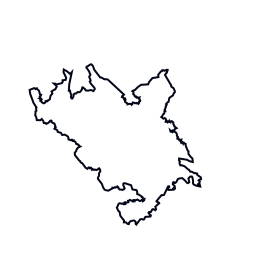 Cuayuca de Andrade, Puebla, Mexico (orthographic projection), rotated 232°
{"feature_id": "50627088B9044190088910", "entity_name": "Cuayuca de Andrade", "entity_type": "district", "adm_level": 2, "iso_a3": "MEX", "parent_name": "Mexico", "parent_adm1": "Puebla", "projection": "orthographic", "projection_center": [-98.207, 18.433], "detail": "fine", "context": "isolated", "style": "outline", "palette": "ink", "viewbox_px": 256, "rotation_deg": 232, "n_neighbors": 0, "source": "geoboundaries", "source_scale": "gbopen_adm2", "svg_char_len": 5726}
<svg xmlns="http://www.w3.org/2000/svg" viewBox="0 0 256 256"><g transform="rotate(232 128 128)"><path d="M46.2,83.9L46.1,84.6L47.1,86.2L47.2,87.1L44.4,91.2L45.1,92.2L46.5,91.8L48.6,92.0L48.8,92.8L47.8,94.0L47.8,94.6L48.9,97.0L48.6,97.9L46.4,98.9L46.5,99.5L46.8,100.2L49.2,101.1L49.5,106.3L50.2,106.4L51.8,105.4L52.8,105.4L54.4,112.5L54.3,113.5L53.6,114.0L53.1,115.1L57.3,123.7L56.7,124.5L56.1,124.2L56.0,123.0L56.4,121.9L55.6,121.2L54.3,121.8L51.3,125.9L51.3,127.7L52.3,128.3L52.6,127.1L53.0,128.6L53.8,129.1L56.0,128.6L57.2,129.7L57.4,130.4L57.1,130.8L56.1,130.8L55.6,131.5L55.8,133.2L57.1,135.9L56.3,138.0L55.1,139.9L51.6,140.6L48.7,140.7L47.5,141.5L47.7,143.0L51.1,144.6L51.4,147.1L50.5,148.4L49.6,148.4L46.7,147.0L44.1,145.0L42.6,145.1L40.2,146.5L37.4,148.9L39.9,150.0L40.3,148.2L40.6,148.4L40.8,150.3L41.7,151.7L43.3,151.4L43.4,152.2L42.7,154.1L44.3,155.0L47.9,153.8L49.0,153.9L49.5,154.4L51.1,153.2L51.5,152.5L54.4,151.3L55.2,150.2L57.6,150.3L58.3,149.9L63.0,149.0L65.6,147.4L66.2,146.3L67.7,146.5L69.1,147.4L69.5,148.2L71.2,148.3L72.5,149.5L66.7,154.9L63.6,156.3L61.3,158.1L64.3,160.0L67.3,159.6L70.5,159.7L72.4,161.3L73.8,161.2L78.8,162.7L79.9,163.6L81.4,162.8L81.9,163.0L82.2,162.6L81.8,161.9L83.3,162.3L83.5,160.8L84.4,161.1L86.0,162.9L86.3,162.3L86.1,161.1L86.7,160.8L87.6,161.4L89.3,160.3L89.7,160.6L90.0,161.8L91.7,161.7L93.2,162.8L95.0,163.0L97.3,162.0L97.3,160.4L98.3,160.1L99.0,159.3L100.1,159.8L99.4,159.9L99.2,160.4L98.2,160.8L98.1,161.4L98.5,162.1L97.7,163.2L98.4,164.6L98.0,166.2L100.8,165.5L101.1,165.9L103.4,166.2L104.4,167.1L106.5,166.7L107.0,165.7L106.3,164.9L107.9,164.1L108.3,164.4L108.0,162.7L108.7,162.6L109.7,161.5L110.2,162.0L110.0,163.0L111.5,163.0L112.3,163.4L113.3,163.0L113.6,161.6L116.1,161.0L116.1,162.0L117.1,163.9L117.2,165.6L119.4,167.7L118.8,168.0L119.9,168.5L121.4,171.0L121.8,171.0L122.5,172.8L123.4,172.7L123.8,174.7L123.7,176.0L126.3,179.2L126.0,183.4L127.3,185.7L127.3,186.9L128.7,187.8L131.4,188.4L133.9,187.6L135.2,188.3L146.9,189.8L147.2,190.1L147.7,192.6L148.0,193.1L148.2,192.9L149.3,195.0L149.9,194.6L150.6,192.1L151.3,191.9L152.2,190.9L151.8,190.7L152.3,188.7L151.4,184.6L149.4,183.3L152.3,178.0L151.3,173.1L150.0,170.7L154.0,164.9L154.2,161.1L153.7,157.0L154.5,154.4L154.3,154.1L153.5,154.7L152.6,154.3L151.6,153.0L150.1,153.3L149.2,152.9L147.8,153.2L148.2,153.5L147.8,153.9L144.6,154.6L145.4,155.0L145.1,155.7L144.9,155.3L142.0,154.5L141.7,153.9L142.1,153.2L141.1,152.3L141.5,151.9L140.8,151.1L141.4,150.9L141.8,150.1L142.6,150.0L143.2,148.7L144.3,148.3L145.2,147.4L144.1,146.1L144.1,145.3L144.7,145.6L146.0,144.2L146.9,142.4L147.2,142.9L150.1,141.8L150.8,142.0L151.8,143.5L153.3,143.9L153.8,143.1L153.5,142.7L155.3,143.0L156.2,142.3L156.7,143.1L156.8,145.4L178.6,141.9L180.2,140.5L180.9,139.4L184.2,138.1L185.0,137.2L194.6,137.3L198.7,138.6L200.7,138.3L201.3,137.4L201.4,134.4L201.8,133.2L201.3,132.4L196.4,132.2L195.0,131.6L193.6,131.5L192.8,130.7L192.6,129.5L192.0,128.8L188.7,128.0L188.3,127.7L188.2,126.5L185.7,126.0L180.5,126.3L179.2,125.9L178.4,123.5L180.7,122.2L182.1,119.4L183.7,117.8L185.1,118.1L187.9,117.4L188.1,116.8L186.8,115.5L185.9,112.6L186.2,111.6L187.3,110.5L187.2,108.1L187.8,107.6L188.0,105.9L186.7,104.8L186.0,103.6L185.5,102.3L186.1,101.7L187.5,102.0L189.0,103.7L191.3,104.3L193.1,105.3L193.8,104.3L198.6,108.6L206.6,118.1L206.2,115.6L210.0,114.9L213.6,113.4L211.8,111.6L205.7,110.2L204.3,108.5L205.9,105.8L204.6,105.0L204.1,103.5L206.4,98.3L207.7,98.0L208.6,97.0L206.8,97.3L206.8,97.7L204.5,97.3L203.2,94.4L203.5,94.0L203.9,90.3L201.6,89.5L201.2,87.0L198.8,84.1L198.8,81.0L199.3,81.1L199.8,79.7L199.5,79.7L199.0,78.4L199.3,76.8L199.7,76.5L201.5,75.9L202.4,76.3L203.3,75.6L204.0,76.1L203.7,77.5L204.1,77.6L205.6,76.6L205.4,77.5L206.5,77.3L207.2,77.8L207.0,78.6L207.7,80.0L208.7,79.3L212.1,80.8L214.7,80.3L215.4,80.6L215.7,80.0L215.2,79.9L215.5,79.2L216.0,79.3L216.8,78.6L217.2,78.6L218.6,73.9L215.0,71.9L205.9,69.0L200.5,68.5L200.4,67.9L197.9,66.3L198.0,65.3L196.0,63.7L195.4,62.8L192.6,62.2L190.4,61.0L188.1,63.7L188.2,65.6L185.5,65.5L183.7,64.7L182.6,66.1L181.8,66.1L181.9,66.6L181.4,66.9L181.1,68.6L181.6,71.3L181.0,72.1L181.0,72.9L180.6,71.7L179.7,71.4L177.4,72.3L177.0,72.8L173.3,71.6L173.5,71.0L173.0,70.8L172.7,69.6L170.4,70.8L169.6,70.8L168.2,70.2L165.4,72.2L163.1,71.8L161.6,74.1L159.1,75.2L157.9,75.4L155.6,74.1L154.9,74.8L154.0,75.0L153.4,76.5L152.5,76.2L152.0,76.4L152.2,77.2L151.8,77.6L151.2,77.1L149.7,78.0L147.1,77.4L146.3,78.4L145.0,78.4L144.4,78.8L143.5,78.7L142.8,79.0L143.3,76.5L142.9,74.7L141.9,73.1L141.1,70.6L139.2,69.5L132.6,69.5L131.2,69.9L130.0,69.5L128.4,70.3L122.9,70.1L120.9,70.8L121.1,72.6L120.5,73.5L119.8,73.1L119.2,74.3L118.8,74.0L118.0,74.6L117.1,74.0L116.7,75.2L115.8,75.5L115.7,76.3L114.4,77.2L113.8,79.2L114.2,79.7L113.9,80.5L112.1,80.3L110.9,79.4L110.2,77.4L108.2,75.7L107.4,73.9L106.4,73.0L100.1,73.0L96.4,71.8L94.0,71.6L93.1,71.9L90.8,73.8L89.9,78.9L90.4,79.1L89.7,79.8L89.6,80.8L88.8,81.3L88.9,81.9L88.4,82.6L88.6,83.6L87.2,83.9L86.2,83.3L84.5,83.6L83.7,84.8L82.6,85.5L82.2,87.4L82.4,88.1L85.8,89.1L86.9,89.9L86.9,91.0L86.5,91.5L81.0,95.2L76.8,93.7L73.9,96.4L72.2,96.0L70.2,94.6L68.9,95.5L65.7,96.6L65.0,96.3L64.3,96.9L63.5,96.5L62.3,96.6L62.0,97.3L61.1,96.3L61.1,94.6L62.2,94.8L62.9,94.4L62.7,93.6L63.2,92.3L65.8,91.4L66.3,89.7L67.8,88.1L67.8,87.8L66.4,87.7L67.2,86.5L68.0,86.9L68.6,86.0L70.2,85.2L70.2,83.6L70.5,83.2L69.3,82.6L70.0,81.0L71.2,80.2L71.5,79.2L71.0,78.9L70.4,79.4L69.7,79.1L70.5,77.7L71.9,77.2L72.3,76.3L73.9,75.1L73.9,73.5L72.6,71.5L72.2,70.2L68.8,69.4L67.1,69.7L63.5,67.9L57.5,67.9L56.2,66.7L54.9,68.3L52.6,68.7L51.9,69.2L51.8,69.6L52.7,70.5L53.0,72.5L51.8,75.4L51.0,76.0L49.6,76.3L47.7,75.0L46.8,75.1L48.5,81.4L48.0,82.5L46.2,83.9Z" fill="none" stroke="#020617" stroke-width="2"/></g></svg>